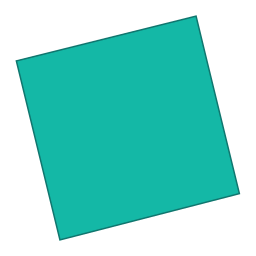 the district of Mecosta, Michigan, United States of America, rotated 76°
{"feature_id": "52423323B66393696597069", "entity_name": "Mecosta", "entity_type": "district", "adm_level": 2, "iso_a3": "USA", "parent_name": "United States of America", "parent_adm1": "Michigan", "projection": "mercator", "projection_center": [-85.305, 43.641], "detail": "fine", "context": "isolated", "style": "filled", "palette": "teal", "viewbox_px": 256, "rotation_deg": 76, "n_neighbors": 0, "source": "geoboundaries", "source_scale": "gbopen_adm2", "svg_char_len": 235}
<svg xmlns="http://www.w3.org/2000/svg" viewBox="0 0 256 256"><g transform="rotate(76 128 128)"><path d="M218.6,35.8L81.9,35.2L35.9,34.9L35.9,220.1L220.1,221.1L218.6,35.8Z" fill="#14b8a6" stroke="#0f766e" stroke-width="1.5"/></g></svg>